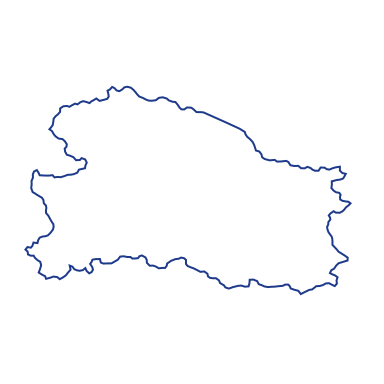 Alegre, Espírito Santo, Brazil (Natural Earth projection), rotated 275°
{"feature_id": "56859067B15605132089544", "entity_name": "Alegre", "entity_type": "district", "adm_level": 2, "iso_a3": "BRA", "parent_name": "Brazil", "parent_adm1": "Espírito Santo", "projection": "natural_earth1", "projection_center": [-41.524, -20.728], "detail": "fine", "context": "isolated", "style": "outline", "palette": "blue", "viewbox_px": 384, "rotation_deg": 275, "n_neighbors": 0, "source": "geoboundaries", "source_scale": "gbopen_adm2", "svg_char_len": 4256}
<svg xmlns="http://www.w3.org/2000/svg" viewBox="0 0 384 384"><g transform="rotate(275 192 192)"><path d="M260.3,53.6L257.6,51.6L255.8,49.7L253.1,47.8L249.9,47.7L246.5,47.4L244.0,45.9L242.1,44.5L240.4,47.3L237.3,49.4L235.5,51.3L233.6,54.5L233.4,58.4L231.6,60.8L228.7,63.1L226.1,63.0L224.2,61.4L221.1,62.1L218.2,64.1L217.6,67.0L216.4,70.8L213.6,73.7L214.1,77.5L216.1,79.0L215.2,82.7L212.1,84.6L209.4,83.6L206.3,83.3L205.3,80.1L204.4,77.4L201.3,76.1L199.5,72.7L198.7,69.9L198.3,66.7L196.7,63.4L195.3,59.9L195.3,56.9L194.6,53.7L196.6,51.6L195.8,47.6L195.5,43.0L195.4,38.8L197.9,37.4L200.3,35.5L198.6,32.8L195.6,31.9L192.4,32.3L189.1,31.2L185.6,31.6L181.8,31.5L178.0,33.3L176.9,35.7L175.7,37.8L174.6,40.1L173.2,43.0L171.2,44.6L167.8,45.4L165.8,47.7L163.4,48.3L161.0,48.1L158.4,48.4L155.8,51.0L152.6,53.1L150.3,54.7L147.8,56.7L145.1,57.2L142.4,56.7L139.0,54.6L136.3,52.3L135.2,50.0L134.6,46.9L133.2,44.2L130.7,43.0L127.6,42.5L127.8,38.5L124.4,37.7L122.5,36.3L122.8,32.9L120.1,31.1L118.4,33.4L115.5,34.1L114.5,36.9L114.8,39.8L112.7,41.3L110.6,44.1L109.2,46.9L106.0,48.1L102.3,47.4L98.4,46.3L96.6,49.8L95.3,53.0L92.8,54.2L94.3,58.4L95.7,61.4L95.4,65.4L93.6,67.8L95.9,71.2L98.1,73.7L100.6,75.3L104.1,77.8L108.0,76.6L107.2,79.4L104.8,81.5L104.0,84.0L103.7,86.7L104.6,90.0L106.9,92.4L104.2,93.9L102.0,96.7L103.5,99.0L106.0,100.1L108.5,99.2L111.5,96.8L113.4,98.0L115.9,98.7L116.8,102.1L117.2,106.1L113.8,107.3L113.0,109.9L113.4,113.2L113.9,118.0L115.9,120.9L118.1,124.0L121.4,126.1L122.0,129.4L121.6,133.4L121.9,136.3L120.5,138.4L120.8,141.0L121.4,144.0L123.5,145.3L124.4,147.6L122.8,151.3L120.5,152.8L117.6,153.2L114.9,156.3L115.3,159.6L114.6,162.4L113.1,165.6L113.8,169.0L114.0,171.8L116.2,173.2L118.6,173.5L121.5,177.0L123.6,181.1L124.4,184.7L125.7,186.8L125.4,189.7L123.9,191.9L119.7,192.3L117.9,194.1L116.9,197.2L116.1,200.2L114.6,204.0L113.2,207.3L113.9,211.2L111.9,214.5L109.3,215.3L108.0,217.6L107.9,220.6L108.2,223.4L106.2,226.7L103.8,227.8L101.8,232.0L99.9,233.5L99.0,237.1L100.9,241.3L102.5,246.0L103.1,249.2L102.3,252.9L102.9,256.6L106.1,257.2L109.6,257.1L110.1,260.8L108.9,264.7L106.0,266.5L105.3,269.4L104.2,272.5L103.9,276.1L104.5,279.3L104.9,282.5L105.8,286.9L106.5,290.8L107.9,292.9L108.1,296.1L106.5,297.7L104.5,298.7L103.6,302.3L102.8,306.6L99.8,309.3L102.0,312.8L104.7,317.3L105.4,320.2L107.2,322.1L109.0,324.0L109.5,327.5L110.8,330.7L112.5,333.1L113.1,336.4L111.7,339.7L110.7,342.4L113.3,344.3L116.5,343.7L119.8,344.4L121.4,341.7L122.1,339.2L123.2,336.5L126.2,337.6L128.1,340.3L131.2,342.0L133.8,344.2L134.9,347.0L136.0,349.7L137.3,352.9L140.2,352.8L142.0,349.7L144.0,345.8L145.3,343.2L147.3,341.3L149.4,339.0L151.6,336.5L154.6,336.3L157.7,335.8L159.8,335.0L161.5,333.5L163.8,331.5L166.6,330.2L169.0,329.6L171.3,330.5L174.0,330.5L176.6,332.2L178.7,331.7L180.5,330.3L182.6,331.7L185.2,334.7L184.0,336.9L184.2,341.0L185.9,343.6L187.7,345.2L190.1,346.7L192.5,349.3L194.5,350.9L195.9,348.7L196.0,346.1L196.3,342.7L197.5,340.3L200.1,339.8L202.1,340.3L204.0,338.8L204.3,335.5L205.7,333.0L208.1,330.5L211.4,330.7L214.8,330.3L216.5,335.0L217.4,338.9L218.6,341.3L220.6,342.4L223.5,343.6L224.0,340.1L226.2,337.5L230.1,337.1L229.0,332.7L227.7,329.5L226.3,327.0L226.5,324.2L227.8,322.0L227.6,318.0L224.2,316.2L223.9,312.7L224.8,310.0L226.2,308.1L227.1,304.8L225.4,302.1L225.2,298.5L227.3,295.7L226.8,291.2L227.3,287.6L230.2,285.5L231.2,283.2L230.1,277.5L229.7,274.1L231.2,271.6L230.3,266.6L231.2,261.5L232.7,258.9L235.7,257.8L238.2,255.5L238.9,252.1L241.5,251.0L244.1,249.9L247.2,248.0L249.8,245.1L251.8,242.2L254.1,240.3L256.4,239.4L259.2,233.9L263.9,220.8L272.3,196.5L272.3,193.6L272.0,189.5L274.5,186.3L275.9,184.0L275.8,179.7L273.6,177.1L273.4,174.2L275.0,172.2L277.5,170.3L280.2,167.6L280.2,164.8L281.2,161.0L282.9,158.7L283.8,154.6L282.9,150.8L280.3,148.0L279.4,144.1L279.3,140.8L280.1,138.0L281.5,134.7L282.5,131.1L284.4,129.0L286.5,127.0L288.6,124.8L290.6,122.0L291.2,118.2L290.3,115.4L288.2,113.7L286.1,110.9L286.6,108.0L288.7,105.8L289.7,103.3L286.9,101.2L285.6,99.0L282.5,100.1L279.8,100.7L277.4,99.4L276.1,96.0L274.7,91.9L276.8,88.6L274.8,85.8L273.3,83.6L271.6,82.1L272.5,78.9L273.0,75.6L271.6,72.8L269.3,70.3L269.8,67.8L268.2,65.2L266.2,62.5L266.8,59.9L266.2,56.4L263.8,53.4L260.3,53.6Z" fill="none" stroke="#1e3a8a" stroke-width="2"/></g></svg>